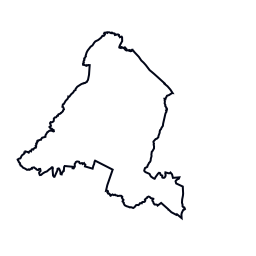 outline of Sawankhalok, Sukhothai, Thailand, rotated 115°
{"feature_id": "78962969B82720870655259", "entity_name": "Sawankhalok", "entity_type": "district", "adm_level": 2, "iso_a3": "THA", "parent_name": "Thailand", "parent_adm1": "Sukhothai", "projection": "mercator", "projection_center": [99.858, 17.328], "detail": "fine", "context": "isolated", "style": "outline", "palette": "ink", "viewbox_px": 256, "rotation_deg": 115, "n_neighbors": 0, "source": "geoboundaries", "source_scale": "gbopen_adm2", "svg_char_len": 5894}
<svg xmlns="http://www.w3.org/2000/svg" viewBox="0 0 256 256"><g transform="rotate(115 128 128)"><path d="M198.1,168.5L196.9,168.8L195.2,168.5L193.9,168.5L193.8,168.1L190.4,169.4L189.2,169.3L186.5,161.7L187.9,161.2L187.6,160.2L185.4,159.9L183.1,161.1L181.6,160.8L181.0,160.9L180.1,160.3L179.6,159.4L179.3,158.1L180.3,157.0L180.3,156.3L179.9,155.5L179.2,154.9L179.2,154.4L179.7,153.8L178.4,153.0L178.9,152.4L179.2,151.2L181.0,150.8L179.8,142.9L176.5,143.5L175.4,143.4L172.4,144.1L171.5,144.0L172.2,124.3L188.6,122.6L194.2,121.4L193.6,120.7L193.6,119.7L194.1,119.3L195.1,119.4L195.3,118.8L195.7,118.5L195.9,118.0L195.4,117.3L195.8,116.2L196.5,115.8L196.8,115.2L196.6,115.0L195.8,114.8L195.3,114.2L194.8,114.0L194.8,112.4L193.9,111.6L194.2,110.6L193.8,109.5L194.0,108.6L192.8,106.7L192.3,105.3L192.8,104.1L193.8,104.1L194.1,103.4L194.5,103.1L195.1,101.7L196.6,102.0L196.9,101.9L197.4,100.3L198.1,100.1L199.4,98.3L199.5,96.3L199.2,94.2L199.2,92.9L198.8,92.5L198.7,91.8L198.4,91.4L198.3,89.5L198.0,89.2L196.0,88.3L195.2,88.3L194.6,88.1L193.9,87.3L193.5,86.0L192.3,85.4L191.8,85.5L191.0,85.3L190.4,83.7L189.6,83.9L189.1,83.7L188.5,83.0L188.4,82.4L187.9,81.8L186.9,81.6L186.4,81.7L185.8,82.4L184.6,82.1L183.6,81.3L182.5,81.3L181.4,80.3L181.4,78.9L181.9,77.7L181.4,75.1L181.6,75.0L182.8,75.5L183.6,75.2L184.3,73.9L185.4,73.0L186.1,71.6L185.5,70.2L185.3,69.1L185.8,68.4L181.9,66.3L184.6,57.2L185.0,56.8L184.9,56.4L186.0,53.1L186.3,47.4L185.5,47.2L187.0,41.3L183.9,43.0L182.0,43.4L178.7,43.3L177.9,42.9L178.0,42.4L177.4,42.1L176.2,43.4L176.3,44.5L176.0,45.4L174.4,46.2L172.9,47.5L169.9,48.7L166.2,49.6L164.2,50.3L157.9,53.6L157.9,60.9L156.3,62.3L155.6,62.4L154.4,61.9L153.3,61.3L152.7,60.6L152.3,60.5L151.0,60.6L154.2,66.2L151.4,68.5L150.4,70.7L151.4,71.1L151.9,72.2L152.4,75.3L153.5,75.0L154.1,74.4L155.3,73.8L156.3,73.7L157.6,74.0L158.2,74.9L158.4,75.8L158.0,76.3L156.6,76.9L156.8,78.5L155.3,79.9L155.3,80.2L155.7,80.6L155.6,81.0L156.7,81.5L161.0,82.3L162.6,82.3L162.8,82.5L162.8,83.8L162.3,86.6L161.7,87.6L160.5,89.1L160.6,93.5L160.2,94.8L159.7,95.3L157.2,95.7L155.1,94.1L153.3,94.4L152.8,94.2L150.7,94.2L149.4,93.7L148.1,93.7L145.9,94.4L143.9,94.7L143.1,95.0L142.4,95.5L139.5,96.4L138.7,96.1L135.6,95.8L133.5,96.7L132.3,97.7L131.7,97.7L131.1,97.9L130.7,98.5L129.5,99.2L126.4,98.3L125.6,97.4L123.6,96.6L122.4,97.0L118.9,97.3L117.7,97.8L116.3,98.0L115.2,97.6L113.6,97.7L111.3,97.3L109.2,98.0L99.4,100.1L98.3,100.2L97.0,100.0L95.9,101.0L95.2,100.4L94.8,100.6L94.4,100.6L93.9,101.1L93.7,101.8L93.3,101.9L92.3,103.6L91.4,103.8L90.2,105.2L88.5,105.7L87.3,106.6L86.8,106.5L86.2,107.1L86.0,106.4L85.5,106.7L85.2,106.4L82.3,106.3L80.9,104.8L77.7,102.8L77.5,102.3L75.3,105.8L73.5,109.8L72.5,113.7L72.1,113.6L67.9,127.3L66.4,132.9L63.5,138.4L62.2,141.4L61.2,144.5L58.9,148.3L56.4,154.6L56.0,155.2L55.9,155.8L55.5,156.6L55.5,157.0L55.2,157.1L55.3,157.4L56.1,157.7L56.8,157.5L57.0,158.0L57.3,158.1L57.4,158.8L56.7,159.0L56.6,159.3L57.0,160.1L57.7,160.5L57.8,161.5L58.4,162.2L58.3,163.2L58.1,163.7L57.0,163.1L56.4,164.5L57.1,164.5L57.4,164.6L56.9,165.6L57.6,166.1L57.3,168.0L57.6,168.3L58.5,168.2L58.6,168.6L58.5,169.2L58.8,169.7L58.5,170.1L56.3,170.3L51.7,170.0L48.3,171.7L47.9,172.4L48.8,173.4L48.6,173.5L48.7,173.8L49.0,173.9L48.5,174.6L48.4,175.2L47.5,175.5L47.4,176.5L48.2,178.0L48.8,178.4L48.8,179.1L49.1,179.3L48.7,179.7L48.1,179.9L48.1,180.4L48.6,182.0L48.4,182.6L48.8,182.8L48.7,183.4L49.2,183.6L49.2,185.4L49.9,187.0L50.6,187.0L50.6,188.2L51.2,188.6L51.6,189.6L52.6,189.6L53.0,188.5L54.4,188.7L54.9,189.1L55.2,190.1L57.6,190.6L60.1,191.8L61.0,192.3L63.3,194.2L65.0,194.7L68.2,195.1L70.0,196.2L74.8,197.3L77.1,197.4L80.6,196.9L80.8,196.5L83.0,196.8L83.6,196.7L83.7,197.0L84.6,196.6L84.8,196.3L85.6,196.5L86.9,196.3L87.1,195.8L88.0,195.9L88.1,195.6L88.6,195.4L89.1,195.8L89.7,195.4L89.2,193.8L89.3,192.7L88.9,192.3L89.1,191.9L88.7,191.6L88.4,191.6L88.4,191.2L88.0,190.7L87.7,190.6L87.2,189.3L96.3,185.8L101.2,184.6L102.6,184.8L103.4,184.7L104.5,185.5L105.0,185.7L105.5,186.1L105.7,186.8L106.4,187.1L106.6,187.6L108.0,188.9L112.0,191.4L114.6,192.0L115.8,191.6L116.9,192.5L119.0,192.7L121.5,193.8L124.4,194.4L124.7,195.4L125.3,195.1L127.2,195.1L129.7,196.0L133.3,196.3L134.2,197.0L136.5,196.4L136.4,195.8L137.0,195.0L138.2,193.9L139.3,194.3L140.4,194.1L142.7,195.0L142.8,195.3L143.6,195.4L145.0,196.8L145.6,196.9L146.4,196.6L146.9,197.4L148.5,197.6L148.9,197.9L149.2,198.6L149.7,198.9L150.8,199.2L151.7,198.7L153.3,198.3L154.4,198.9L155.2,199.7L155.3,200.5L156.0,200.7L156.6,200.7L158.6,198.7L160.3,199.6L161.0,198.1L160.8,197.0L161.4,195.0L161.3,194.5L162.3,193.8L162.6,194.1L162.8,196.9L163.2,197.1L163.5,197.9L164.8,198.7L165.5,198.9L165.8,199.3L169.5,199.7L170.9,199.1L173.1,201.7L174.7,202.0L175.4,201.9L175.6,202.4L177.0,203.7L177.1,204.1L177.7,204.1L178.0,204.7L178.4,204.6L178.7,204.2L179.6,204.6L180.0,204.2L181.1,204.6L181.8,203.9L183.1,204.2L183.8,203.3L184.9,203.3L185.1,203.8L186.0,204.4L186.8,204.7L187.5,204.7L187.6,205.6L188.2,206.2L189.9,206.0L189.8,206.4L190.0,206.9L191.0,207.3L191.3,207.6L192.3,207.6L192.2,208.9L192.6,211.2L194.0,211.1L194.1,211.6L195.2,211.3L197.7,212.6L199.4,212.7L200.0,212.6L201.0,212.7L201.6,213.6L203.2,214.7L203.9,214.0L204.2,213.2L204.9,212.7L205.5,211.1L206.3,210.9L206.5,210.1L207.4,209.6L207.5,208.2L208.3,206.4L208.3,203.8L208.6,201.9L208.1,201.1L207.6,200.8L207.7,199.9L206.8,199.4L206.7,198.9L205.8,198.6L205.5,197.8L205.1,197.8L204.6,198.1L203.7,197.0L203.4,196.4L203.7,195.6L203.8,194.3L204.3,193.3L204.1,191.6L202.7,191.3L202.2,190.3L203.2,189.5L203.9,189.1L205.9,189.7L206.3,189.6L207.8,188.2L207.9,187.9L207.2,186.9L205.3,186.1L203.2,184.7L201.6,183.1L198.8,181.9L197.4,181.0L195.9,180.5L195.6,180.2L195.6,179.6L196.4,179.0L197.7,178.7L202.8,175.8L203.5,174.5L203.3,174.0L202.5,174.0L196.2,174.1L194.8,174.6L194.1,174.1L193.9,173.5L194.3,172.8L196.3,170.7L198.1,169.8L198.3,169.2L198.1,168.5Z" fill="none" stroke="#020617" stroke-width="2"/></g></svg>